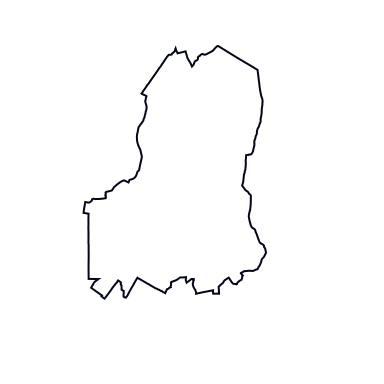 Siretel, Iasi, Romania (orthographic projection), rotated 35°
{"feature_id": "2599482B550039581691", "entity_name": "Siretel", "entity_type": "district", "adm_level": 2, "iso_a3": "ROU", "parent_name": "Romania", "parent_adm1": "Iasi", "projection": "orthographic", "projection_center": [26.741, 47.42], "detail": "fine", "context": "isolated", "style": "outline", "palette": "ink", "viewbox_px": 384, "rotation_deg": 35, "n_neighbors": 0, "source": "geoboundaries", "source_scale": "gbopen_adm2", "svg_char_len": 6005}
<svg xmlns="http://www.w3.org/2000/svg" viewBox="0 0 384 384"><g transform="rotate(35 192 192)"><path d="M269.3,246.0L269.6,244.9L271.2,241.1L276.3,243.1L277.4,243.4L278.3,243.5L278.9,243.3L279.6,242.9L280.3,242.4L280.9,242.2L281.2,242.3L281.6,241.6L281.4,241.1L281.3,240.4L281.4,239.2L281.8,238.0L282.0,237.3L282.8,235.8L282.7,235.0L282.5,234.0L281.4,232.1L281.6,231.3L279.6,230.8L278.7,230.7L278.5,230.4L278.8,229.7L279.4,228.8L279.6,228.2L279.9,227.7L279.9,227.2L283.6,224.0L284.1,223.6L284.6,223.4L284.8,223.1L286.3,222.3L287.1,221.8L287.7,221.1L288.8,219.0L289.3,218.4L290.0,217.5L289.8,216.9L289.6,215.7L289.6,213.5L289.0,210.6L288.8,209.8L288.5,209.1L288.1,208.1L287.8,206.8L287.8,206.5L287.8,206.0L288.0,205.3L288.1,204.3L287.9,201.7L287.7,201.1L287.6,200.5L287.6,199.7L287.4,199.2L284.5,196.5L284.3,196.3L282.7,195.8L282.4,195.5L282.2,195.2L281.8,194.8L281.3,194.5L280.8,194.4L280.2,194.4L277.7,194.6L276.4,194.5L275.8,194.2L275.4,193.8L273.4,192.5L268.8,189.2L267.2,188.3L267.0,188.2L266.8,188.1L266.6,187.8L266.3,187.6L266.0,187.2L265.4,186.9L264.7,186.6L261.7,186.7L261.1,186.5L259.4,185.7L254.8,181.8L254.1,181.0L252.6,179.6L252.0,178.6L251.7,178.0L250.4,175.0L249.8,173.2L248.2,170.2L246.8,167.9L244.3,164.1L243.9,163.5L243.2,162.7L242.9,162.0L242.4,161.3L242.0,161.1L240.9,160.7L240.0,160.7L239.5,160.6L238.4,160.0L237.4,159.8L234.4,159.8L233.8,159.5L229.4,158.0L228.8,156.4L228.6,155.5L227.9,153.9L227.6,153.5L226.9,152.0L224.7,148.2L224.5,147.8L224.1,145.9L223.4,144.9L223.2,144.0L222.8,143.0L220.7,139.3L220.0,138.2L219.4,137.2L218.9,136.8L218.3,136.0L217.2,134.2L217.0,133.7L216.2,132.3L215.2,130.8L216.0,129.9L216.7,129.6L216.9,129.1L217.7,128.4L217.8,128.1L218.5,127.6L218.7,127.4L218.9,126.5L218.9,126.2L218.9,125.5L218.7,124.0L218.4,123.1L217.8,121.9L217.3,120.4L216.7,119.0L216.6,118.6L216.2,117.8L216.0,117.5L215.2,116.5L215.1,116.2L214.4,115.3L213.9,114.6L213.5,113.5L213.2,111.9L212.2,109.8L212.1,109.3L212.1,108.9L211.9,107.8L211.6,107.0L211.5,106.7L210.9,105.9L210.6,105.4L209.7,103.3L209.4,102.4L209.4,100.9L208.7,98.4L208.4,97.5L208.2,96.3L208.1,95.8L207.5,94.5L206.3,92.8L205.5,90.9L204.0,87.8L200.9,82.9L199.9,80.6L198.5,78.6L198.4,78.1L198.1,77.6L197.5,76.9L197.0,76.3L196.3,75.6L195.7,75.0L194.8,74.5L194.4,74.2L193.7,73.7L192.9,72.9L190.9,71.0L189.7,69.9L189.3,69.4L188.4,68.5L175.7,54.4L170.4,54.7L150.7,56.2L129.7,57.4L129.1,57.9L128.6,59.6L128.0,64.6L125.3,69.9L124.2,71.8L123.0,72.6L121.3,72.9L120.3,74.8L120.4,75.5L120.3,76.0L119.9,76.7L119.6,77.7L119.7,78.3L120.4,79.4L120.7,80.5L120.4,81.4L119.7,82.5L119.5,83.2L119.5,83.9L120.3,86.9L120.0,89.2L117.2,87.5L111.5,84.9L106.1,80.5L102.3,84.8L100.7,86.7L100.2,86.3L99.6,85.9L97.9,85.3L97.4,84.8L96.2,83.8L96.4,84.7L96.8,85.5L97.0,86.8L97.0,87.6L96.7,88.6L96.6,89.1L96.3,89.9L96.3,90.3L96.3,90.6L96.5,91.0L95.6,92.0L94.3,92.9L94.2,93.3L94.2,93.8L94.0,95.4L94.1,101.6L94.2,102.1L94.1,104.7L94.3,107.0L94.1,109.2L94.2,112.6L94.2,117.9L94.2,127.2L94.3,128.6L94.0,130.0L94.2,133.8L94.1,137.9L94.3,138.8L94.2,140.3L95.0,140.3L97.0,140.0L98.9,139.6L99.7,139.6L100.9,142.8L101.3,143.3L101.4,143.9L101.5,144.3L102.1,144.9L102.2,145.1L105.7,147.9L106.8,149.7L107.1,150.0L107.5,151.1L107.7,151.8L107.9,152.4L108.0,152.8L108.6,153.9L109.2,155.4L109.3,156.1L109.9,157.3L110.3,158.3L110.4,158.9L110.4,159.5L111.2,161.5L111.2,164.3L111.1,165.5L111.1,167.2L111.1,169.5L111.2,169.9L113.2,174.3L114.0,176.4L114.4,177.1L115.1,178.3L116.0,179.5L117.6,181.5L119.2,183.0L120.8,184.3L122.3,185.3L124.4,186.5L124.6,186.5L125.1,186.7L125.8,187.4L130.1,191.2L130.7,191.9L130.9,192.2L132.5,196.0L133.6,198.7L136.1,204.5L136.1,204.9L135.7,206.5L136.8,210.4L136.9,211.3L136.9,212.1L136.9,212.8L136.6,213.9L136.4,214.4L136.0,215.2L135.2,216.3L134.0,217.7L133.9,217.9L134.5,220.6L129.8,221.4L129.5,221.6L128.9,222.5L128.0,224.1L127.6,225.0L126.2,229.2L125.8,231.2L125.4,232.3L125.5,236.7L123.5,239.1L122.0,240.7L121.5,241.5L121.6,241.9L121.6,242.2L122.6,243.1L122.6,243.9L122.8,244.2L123.1,244.3L123.1,244.6L123.8,244.8L123.9,245.0L124.1,245.3L124.3,245.5L124.3,246.0L124.8,246.3L124.6,246.9L122.7,248.6L120.7,250.4L116.9,253.2L115.1,254.1L114.5,254.8L114.3,255.3L114.9,256.6L114.6,257.7L114.3,258.7L113.8,259.7L112.6,260.4L110.3,261.4L113.9,269.0L115.2,271.3L119.7,269.1L122.4,273.2L126.1,278.4L127.5,280.6L128.9,282.4L130.1,284.1L131.2,285.6L135.4,291.7L135.9,292.5L137.4,294.3L138.7,296.1L143.2,302.5L143.6,303.0L150.0,312.4L157.2,322.5L165.3,316.9L163.9,321.2L163.8,321.8L163.8,322.5L163.8,323.0L164.3,328.3L171.1,328.4L177.7,328.4L177.7,329.4L181.5,329.6L181.8,323.1L181.9,318.0L181.8,317.0L181.9,313.5L182.1,310.8L182.4,308.8L182.3,308.5L182.1,307.9L182.2,306.8L184.0,306.8L185.7,306.9L186.2,307.9L186.4,308.2L187.0,308.7L187.7,308.8L187.9,309.1L189.7,311.4L190.1,312.1L190.3,312.4L192.9,312.2L193.2,313.0L193.9,313.6L194.2,314.1L194.4,314.7L194.7,315.3L195.9,316.9L197.3,317.0L197.5,316.9L197.6,316.7L198.0,316.4L198.5,316.3L198.5,314.4L198.5,313.7L198.4,313.1L197.8,308.5L197.5,305.6L197.3,302.6L196.8,298.3L196.5,293.5L197.3,293.5L205.4,292.8L210.4,292.3L213.7,292.1L215.7,291.9L216.6,291.9L217.7,291.7L219.2,291.3L220.3,291.3L221.2,290.9L223.1,290.9L224.4,290.4L225.4,290.6L227.2,290.2L228.1,290.2L227.3,286.3L227.3,285.9L228.0,285.1L228.2,284.6L228.5,283.0L229.1,282.3L228.9,282.2L228.7,281.6L228.4,280.7L227.9,279.7L226.6,278.1L226.9,277.5L227.1,276.8L227.6,276.5L227.8,275.9L229.2,274.0L230.2,272.1L230.9,269.9L231.4,268.7L233.3,267.4L235.9,265.2L236.4,265.9L237.3,267.6L238.0,268.2L239.6,269.4L240.8,265.8L241.5,263.5L243.4,262.3L243.6,262.7L244.0,263.2L243.7,263.6L243.8,263.8L244.2,264.3L244.3,264.5L244.6,264.8L245.0,266.1L245.0,266.4L246.1,267.6L246.6,268.1L248.4,269.4L249.1,269.7L250.7,270.3L252.3,271.4L253.5,272.4L253.6,272.8L253.7,273.0L258.1,268.2L265.7,260.4L266.3,261.5L266.7,262.1L267.4,262.6L267.7,263.1L272.5,259.8L270.3,257.0L268.2,254.4L268.2,253.9L268.5,253.1L268.5,252.5L268.6,251.8L269.0,250.6L269.3,249.6L269.5,248.9L269.4,247.2L269.3,246.6L269.3,246.0Z" fill="none" stroke="#020617" stroke-width="2"/></g></svg>